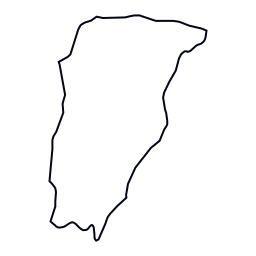 an SVG outline of Chimaltenango
{"feature_id": "GTM-1949", "entity_name": "Chimaltenango", "entity_type": "Department", "adm_level": 1, "iso_a3": "GTM", "parent_name": "Guatemala", "parent_adm1": "", "projection": "natural_earth1", "projection_center": [-90.916, 14.662], "detail": "fine", "context": "isolated", "style": "outline", "palette": "ink", "viewbox_px": 256, "rotation_deg": 0, "n_neighbors": 0, "source": "natural_earth", "source_scale": "10m", "svg_char_len": 1355}
<svg xmlns="http://www.w3.org/2000/svg" viewBox="0 0 256 256"><path d="M169.5,81.4L164.1,92.6L163.1,97.6L165.0,109.3L166.2,113.1L167.2,120.3L167.3,122.7L167.2,124.5L166.2,126.5L164.2,129.5L159.6,140.8L150.9,147.9L135.4,167.6L128.0,183.9L126.1,195.0L126.3,197.3L126.4,197.7L117.3,206.0L110.1,213.8L107.7,217.2L107.2,218.3L105.2,224.1L98.6,239.3L96.2,240.6L95.2,239.5L94.7,238.4L94.5,237.1L94.4,233.8L93.7,227.3L92.9,225.7L92.0,225.0L91.1,225.3L89.8,226.5L88.0,228.8L87.1,229.5L85.8,230.0L83.3,230.2L81.4,229.3L79.4,227.7L76.0,224.2L74.2,222.9L72.6,222.3L71.6,222.4L70.6,222.8L69.8,223.1L65.2,226.1L64.0,226.7L62.4,227.2L59.3,227.6L57.7,227.3L56.1,226.4L55.3,225.5L50.5,221.5L55.3,206.5L55.3,201.2L56.0,192.1L55.3,188.2L54.1,186.4L51.9,183.6L49.5,181.2L52.4,149.1L52.4,140.1L53.4,136.4L56.2,131.9L63.3,112.7L62.6,104.0L62.9,102.6L65.1,94.8L59.6,64.6L58.7,61.9L67.9,56.8L70.4,54.4L78.2,29.6L80.3,25.6L81.0,24.9L81.7,24.4L85.0,22.5L90.9,20.7L96.6,16.7L102.9,18.0L125.2,17.4L129.3,16.4L134.0,15.5L139.4,15.4L155.8,20.9L173.5,20.9L179.3,21.8L189.4,25.7L201.8,28.6L206.5,30.6L205.6,36.9L205.4,37.9L205.0,39.1L204.6,40.0L204.0,41.1L202.8,42.3L201.2,43.6L197.4,45.0L195.7,46.1L190.5,50.8L188.8,51.6L187.5,51.8L186.6,51.3L185.6,51.3L184.7,51.4L183.9,51.9L182.4,53.0L181.0,54.5L179.0,58.4L175.8,70.5L169.5,81.4Z" fill="none" stroke="#020617" stroke-width="2"/></svg>